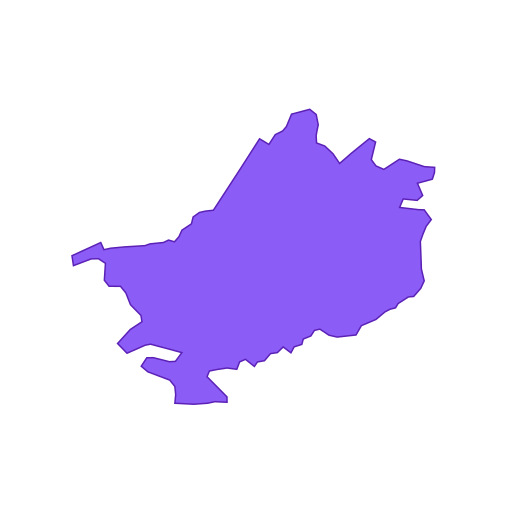 the district of São João da Urtiga, Rio Grande do Sul, Brazil, rotated 301°
{"feature_id": "56859067B38946215789436", "entity_name": "São João da Urtiga", "entity_type": "district", "adm_level": 2, "iso_a3": "BRA", "parent_name": "Brazil", "parent_adm1": "Rio Grande do Sul", "projection": "natural_earth1", "projection_center": [-51.841, -27.789], "detail": "fine", "context": "isolated", "style": "filled", "palette": "violet", "viewbox_px": 512, "rotation_deg": 301, "n_neighbors": 0, "source": "geoboundaries", "source_scale": "gbopen_adm2", "svg_char_len": 1655}
<svg xmlns="http://www.w3.org/2000/svg" viewBox="0 0 512 512"><g transform="rotate(301 256 256)"><path d="M400.5,241.8L408.3,234.7L409.4,226.5L395.9,213.4L382.6,215.4L376.8,214.4L370.0,210.0L358.3,209.6L358.3,198.7L323.3,197.7L273.3,195.9L268.4,189.5L264.2,185.1L257.1,182.0L250.3,184.1L240.0,179.2L233.0,180.0L226.2,178.8L224.6,172.8L219.9,169.7L211.8,158.9L207.7,155.5L196.2,138.8L187.9,127.5L183.1,122.4L187.6,116.0L161.5,98.1L153.7,104.5L168.6,116.2L172.5,122.3L172.2,130.7L157.1,138.5L154.4,145.6L160.2,155.5L157.3,163.5L149.6,173.5L145.8,188.0L140.9,192.1L128.3,186.1L109.7,182.4L106.2,195.5L122.4,206.9L126.1,211.0L135.0,242.2L124.2,241.2L120.8,236.2L116.0,220.4L112.5,214.8L102.4,214.4L101.0,223.0L105.2,246.0L102.4,253.6L95.9,258.5L88.0,262.3L96.9,279.0L104.9,290.4L109.9,295.7L115.7,306.5L120.3,303.7L127.3,276.2L133.4,275.3L138.5,280.9L145.1,288.9L149.0,297.9L156.8,296.5L162.0,300.2L160.5,311.5L165.9,311.8L170.6,317.2L179.8,318.7L184.2,324.1L192.0,326.1L191.0,335.8L197.8,335.5L203.8,340.8L209.2,339.3L215.7,344.2L222.3,344.4L226.2,348.4L225.7,359.4L228.3,367.3L239.8,382.4L250.6,382.2L263.4,391.5L274.4,395.3L279.4,398.3L283.4,402.3L288.4,402.3L299.4,407.7L302.5,412.0L313.2,413.9L321.3,413.0L330.1,404.4L336.3,400.4L353.1,389.4L360.9,387.8L369.2,386.6L377.5,387.5L382.2,376.4L379.4,371.4L371.6,354.1L380.7,352.8L386.7,365.5L393.7,367.7L401.5,356.9L412.7,367.6L419.5,366.0L424.0,363.5L419.3,354.3L415.3,336.4L412.8,329.1L396.1,321.0L395.0,312.4L398.0,305.2L415.3,299.8L415.0,292.7L393.2,284.8L378.4,280.0L383.3,269.3L385.7,258.3L384.1,249.7L390.1,245.6L394.7,243.8L400.5,241.8Z" fill="#8b5cf6" stroke="#5b21b6" stroke-width="1.5"/></g></svg>